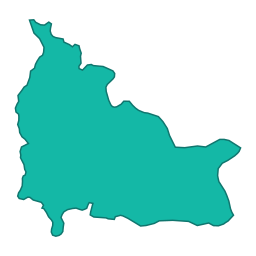 the district of General Câmara, Rio Grande do Sul, Brazil
{"feature_id": "56859067B97267452374652", "entity_name": "General Câmara", "entity_type": "district", "adm_level": 2, "iso_a3": "BRA", "parent_name": "Brazil", "parent_adm1": "Rio Grande do Sul", "projection": "natural_earth1", "projection_center": [-51.935, -29.838], "detail": "fine", "context": "isolated", "style": "filled", "palette": "teal", "viewbox_px": 256, "rotation_deg": 0, "n_neighbors": 0, "source": "geoboundaries", "source_scale": "gbopen_adm2", "svg_char_len": 2166}
<svg xmlns="http://www.w3.org/2000/svg" viewBox="0 0 256 256"><path d="M197.3,225.5L208.7,223.0L213.5,225.6L216.5,225.7L218.4,225.8L223.6,224.0L225.5,222.6L228.1,221.0L233.5,215.2L231.8,212.2L230.5,208.8L228.8,201.0L226.7,195.3L224.9,191.1L218.9,181.7L218.1,178.3L217.6,175.6L218.2,168.6L222.3,163.2L227.8,160.4L234.7,155.8L237.6,153.2L239.1,151.4L240.6,147.9L229.0,140.5L224.1,139.4L219.8,139.4L205.7,147.0L199.9,146.3L197.5,146.0L184.7,147.7L175.3,147.2L169.5,135.5L167.3,128.5L162.9,121.6L158.4,116.6L147.8,113.1L144.4,112.7L142.5,112.0L138.5,110.3L135.5,108.1L132.6,105.3L129.3,101.3L123.8,101.2L121.2,104.2L116.7,106.8L114.4,107.2L112.4,106.6L110.8,104.8L108.7,100.2L106.2,91.4L105.9,87.2L107.3,84.4L113.0,78.9L114.4,76.9L114.7,73.5L112.9,70.9L106.5,68.0L103.1,66.5L93.3,65.6L91.3,64.5L87.4,65.0L82.5,70.1L79.1,68.6L78.9,66.3L81.0,63.2L80.5,56.2L81.2,53.2L79.7,48.8L79.0,45.8L75.0,44.4L72.4,46.8L69.4,44.6L63.9,42.1L63.1,39.0L55.6,37.6L52.9,36.4L51.2,34.3L50.2,31.0L50.5,28.2L51.4,23.9L48.8,22.1L44.5,25.1L40.6,24.8L35.7,22.3L33.8,19.8L29.5,20.1L34.0,33.1L39.6,38.6L44.0,47.3L43.6,52.3L42.5,55.3L39.7,57.1L37.2,61.0L35.5,64.3L34.5,68.2L30.6,71.1L29.8,77.5L27.0,85.2L24.1,87.1L21.8,90.5L18.0,95.5L18.7,101.4L17.1,104.1L15.4,108.1L16.0,112.0L18.6,114.2L18.9,116.7L18.8,120.4L17.7,124.5L19.3,128.7L19.7,132.6L22.0,136.8L25.0,139.2L28.4,143.5L21.5,147.0L20.1,151.5L20.8,155.1L20.5,157.7L24.0,164.6L24.7,169.3L26.0,172.0L25.2,175.0L23.3,176.0L22.4,178.3L22.5,181.6L22.2,186.0L20.3,190.3L18.6,192.8L17.7,196.1L19.2,198.5L23.7,199.5L27.9,197.1L30.0,197.4L33.2,200.0L41.3,202.3L43.5,205.2L42.0,208.1L43.8,208.6L46.5,212.6L48.6,216.8L51.5,220.0L52.8,222.3L52.7,225.5L51.6,229.1L51.3,232.0L52.6,235.1L55.8,236.2L59.0,235.4L61.1,234.0L62.8,231.5L63.2,227.2L63.8,223.2L61.0,217.5L62.2,214.4L64.0,211.7L67.6,209.6L72.4,208.5L76.1,208.1L79.4,209.3L82.2,210.1L84.8,209.2L86.7,208.3L88.0,204.8L89.2,202.6L92.9,203.4L90.7,211.8L90.2,214.9L93.8,217.0L106.2,217.9L108.1,218.8L114.3,219.4L115.3,216.7L120.5,215.3L122.9,215.9L127.9,218.3L140.6,226.0L146.0,225.5L154.3,223.4L159.3,220.8L172.7,220.3L188.6,221.4L197.3,225.5Z" fill="#14b8a6" stroke="#0f766e" stroke-width="1.5"/></svg>